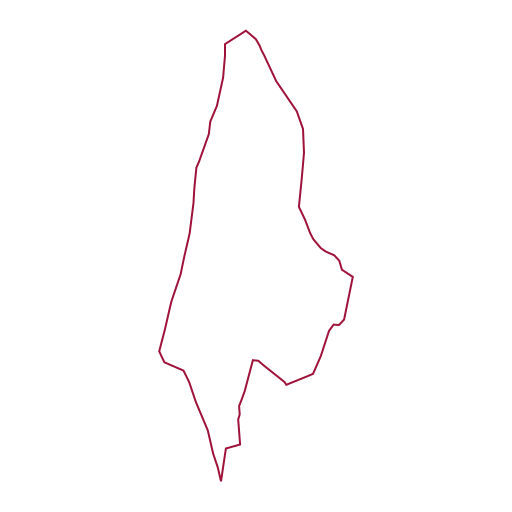 Efon, Ekiti, Nigeria
{"feature_id": "59680162B55690925628014", "entity_name": "Efon", "entity_type": "district", "adm_level": 2, "iso_a3": "NGA", "parent_name": "Nigeria", "parent_adm1": "Ekiti", "projection": "equal_earth", "projection_center": [4.932, 7.679], "detail": "fine", "context": "isolated", "style": "outline", "palette": "rose", "viewbox_px": 512, "rotation_deg": 0, "n_neighbors": 0, "source": "geoboundaries", "source_scale": "gbopen_adm2", "svg_char_len": 1015}
<svg xmlns="http://www.w3.org/2000/svg" viewBox="0 0 512 512"><path d="M188.8,237.1L184.5,255.6L182.5,265.1L180.6,274.3L172.4,298.5L171.1,302.5L164.9,329.5L159.2,351.3L161.1,355.4L164.4,362.3L183.5,370.6L188.7,381.1L189.2,382.2L195.9,402.1L207.8,430.4L213.1,453.5L217.6,466.9L218.4,470.1L221.0,481.3L225.9,448.5L240.1,444.5L238.2,419.5L239.7,414.4L239.1,406.1L242.2,398.1L244.7,391.1L252.9,360.2L258.4,360.8L263.8,365.5L284.5,382.0L286.3,384.8L313.0,373.9L320.8,356.1L329.0,330.9L333.6,324.6L339.0,325.0L344.1,319.5L352.8,276.9L341.9,269.7L339.3,260.8L334.4,255.4L325.5,251.4L320.8,248.1L313.3,239.2L310.1,233.0L305.0,219.6L298.9,206.8L301.7,179.1L304.0,152.8L303.0,128.9L296.8,111.4L287.5,97.7L276.2,81.1L268.9,65.5L264.2,55.4L261.5,50.3L259.5,45.4L255.8,39.1L245.9,30.7L225.0,44.1L225.0,55.8L224.3,63.7L223.1,77.7L216.9,105.9L210.3,121.5L208.8,134.2L202.7,151.3L199.2,161.2L196.4,167.6L194.4,187.8L193.9,195.6L193.5,202.9L189.9,231.3L189.7,233.1L188.8,237.1Z" fill="none" stroke="#9f1239" stroke-width="2"/></svg>